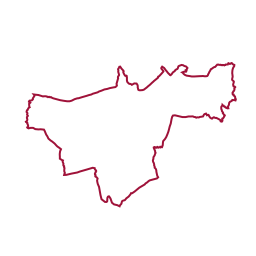 outline of Lusambo, Kasaï-Oriental, Democratic Republic of the Congo, rotated 278°
{"feature_id": "63176286B30844666641598", "entity_name": "Lusambo", "entity_type": "district", "adm_level": 2, "iso_a3": "COD", "parent_name": "Democratic Republic of the Congo", "parent_adm1": "Kasaï-Oriental", "projection": "albers", "projection_center": [23.694, -5.009], "detail": "fine", "context": "isolated", "style": "outline", "palette": "rose", "viewbox_px": 256, "rotation_deg": 278, "n_neighbors": 0, "source": "geoboundaries", "source_scale": "gbopen_adm2", "svg_char_len": 5943}
<svg xmlns="http://www.w3.org/2000/svg" viewBox="0 0 256 256"><g transform="rotate(278 128 128)"><path d="M151.6,204.4L152.2,205.4L152.2,205.8L151.8,206.3L151.4,206.4L149.7,207.9L149.0,209.4L149.1,210.1L149.9,210.6L150.6,211.6L150.1,213.0L150.3,214.1L149.2,217.2L148.5,218.6L147.5,218.8L147.3,219.6L147.5,220.2L148.3,220.5L148.6,220.2L149.6,220.3L150.1,220.0L150.5,220.1L151.0,220.9L152.2,221.5L153.3,221.6L153.5,222.0L154.0,222.1L154.7,221.0L155.6,220.2L155.8,219.9L156.4,220.0L157.8,218.7L159.0,218.3L159.7,217.8L161.0,217.5L162.2,217.5L163.4,218.3L164.0,218.3L163.5,218.9L163.4,219.6L163.0,219.7L162.7,220.1L162.6,221.0L162.2,221.2L161.7,222.1L161.3,223.8L161.5,224.6L162.6,224.1L162.7,223.7L164.0,224.4L165.1,224.7L167.0,224.7L168.0,225.2L169.3,227.0L170.3,227.4L170.4,230.2L170.3,230.6L170.8,230.7L171.1,230.2L171.7,230.6L172.2,230.0L173.3,229.9L174.0,229.6L174.7,228.8L174.7,228.4L175.1,227.9L175.8,227.9L176.0,227.0L177.3,226.6L177.7,226.7L178.1,227.0L179.0,227.2L179.4,227.7L180.8,228.1L181.6,227.8L182.2,227.8L182.9,228.3L183.4,228.5L183.8,228.0L184.0,226.7L185.4,226.1L186.2,226.1L187.5,226.3L188.5,226.4L189.2,225.9L189.5,225.3L190.0,224.6L190.6,224.3L191.2,224.3L193.1,224.5L194.0,224.4L194.8,224.1L195.8,223.9L196.6,223.6L197.7,223.5L199.1,223.4L200.0,223.4L201.6,223.6L202.7,223.9L203.6,224.4L204.2,224.6L205.3,224.5L205.6,223.1L206.7,221.8L206.7,221.3L205.9,220.6L205.6,219.9L206.2,218.5L206.1,218.3L204.8,218.0L204.4,215.8L203.9,215.6L203.8,215.0L203.4,214.6L203.7,213.8L203.6,213.1L203.3,212.6L203.5,212.2L203.2,211.5L203.5,210.9L203.2,209.6L203.4,208.7L203.2,208.3L203.2,207.6L202.0,206.7L200.7,205.9L200.3,204.9L199.5,203.9L198.1,202.5L197.7,201.8L196.4,201.5L195.0,200.8L193.8,200.5L192.6,200.0L191.2,199.7L190.5,199.2L190.1,198.1L189.9,196.9L189.9,194.9L189.5,193.0L189.3,191.7L188.5,187.7L188.1,185.6L187.9,183.9L188.0,181.7L188.0,178.8L188.4,177.3L188.7,176.6L189.4,175.5L190.4,174.5L190.6,174.0L191.4,175.3L191.9,177.7L192.3,177.8L193.0,177.0L193.3,177.0L193.5,178.0L195.0,178.1L195.7,178.5L196.9,177.1L197.1,176.4L197.2,175.2L197.8,174.0L197.9,172.3L196.6,169.9L196.0,169.3L194.1,169.0L193.4,168.7L192.6,167.5L191.5,166.5L190.9,166.4L189.2,164.6L187.8,164.0L186.2,162.8L186.3,162.2L187.1,161.4L187.3,160.9L188.4,159.6L189.6,158.4L190.8,157.0L191.5,156.4L192.5,155.4L192.8,154.7L193.5,153.3L192.4,152.7L191.6,152.7L191.0,153.2L189.7,154.7L188.9,155.2L186.9,153.9L184.3,152.1L183.5,151.5L183.0,150.7L182.0,150.7L179.9,148.8L178.2,147.2L177.4,146.6L176.4,145.7L173.5,143.4L172.5,142.4L170.7,140.9L168.1,138.3L167.5,136.9L167.0,134.6L167.0,133.7L167.2,133.1L167.4,132.8L168.4,132.5L169.4,132.0L171.0,131.8L172.1,131.3L173.2,130.3L173.0,128.0L171.3,125.8L171.8,125.0L172.0,124.3L171.9,123.2L172.1,122.7L173.3,121.1L173.9,120.7L175.0,120.3L177.9,119.9L178.5,119.5L179.2,119.6L179.6,119.1L179.3,118.1L179.6,117.6L181.3,116.3L182.5,115.6L182.9,115.5L183.4,115.8L183.8,115.7L184.2,115.4L185.8,113.4L187.7,111.7L187.4,110.9L186.1,110.6L185.3,110.1L184.7,110.0L183.9,110.4L182.3,110.5L179.4,111.8L178.8,111.7L177.6,111.0L176.5,111.0L175.9,111.3L170.2,110.5L168.4,111.1L166.8,109.9L166.2,108.0L165.0,104.5L163.8,102.0L162.9,99.3L161.3,96.6L160.1,94.2L159.1,93.0L157.0,88.3L156.1,87.1L155.1,84.6L154.2,82.8L152.1,78.1L150.6,74.9L150.3,73.6L149.1,71.1L147.2,68.4L146.3,66.3L146.0,64.2L146.0,60.7L146.1,57.1L146.9,50.5L147.2,48.8L147.8,47.7L147.6,47.2L147.8,46.7L147.6,46.1L147.9,45.5L147.4,44.5L147.8,43.9L147.7,43.4L148.0,42.5L147.7,40.1L147.4,39.5L148.2,34.7L148.1,31.6L148.1,30.0L147.2,30.9L146.8,30.9L144.0,29.6L143.1,29.8L142.1,29.0L141.6,27.8L141.4,26.8L141.1,26.7L140.6,26.2L140.2,26.2L139.4,27.7L138.2,26.7L135.3,27.3L134.9,27.7L134.1,26.8L132.6,26.2L131.9,26.1L131.5,25.5L130.4,25.3L129.8,25.3L129.0,26.2L128.4,26.4L127.7,26.2L127.1,26.2L126.3,27.1L125.6,27.0L124.8,26.4L123.8,26.5L122.6,27.1L121.5,27.1L120.4,26.6L120.0,26.0L119.8,26.1L119.3,27.5L118.3,27.6L117.8,28.2L116.9,28.5L116.1,28.9L115.2,28.9L114.6,28.1L114.2,28.4L113.8,29.5L114.6,31.6L114.9,34.1L114.0,36.3L114.1,38.9L114.2,39.8L114.6,41.8L114.7,45.0L113.5,45.9L110.1,47.9L108.4,49.4L106.5,50.6L104.9,53.0L104.1,54.7L102.4,57.5L100.7,59.5L99.8,60.7L99.1,62.2L97.7,64.6L95.5,64.0L93.3,64.0L92.2,64.1L90.2,64.5L88.1,64.8L87.1,67.0L86.8,68.1L85.9,67.9L85.0,68.2L83.8,69.0L82.2,69.1L81.4,70.0L80.8,69.9L80.4,70.3L79.8,70.3L79.4,70.7L77.7,70.7L76.3,70.9L74.8,71.7L74.5,71.7L73.7,71.4L72.6,71.3L73.0,73.4L74.9,78.2L76.9,84.0L78.2,86.4L81.1,92.9L83.7,98.6L83.6,100.6L82.8,100.8L82.1,101.4L81.5,102.3L80.9,102.5L80.6,102.3L80.3,102.1L79.5,102.2L78.8,101.7L78.1,101.6L77.3,101.8L76.8,102.5L75.7,102.3L75.4,102.5L74.9,103.7L73.8,104.9L71.6,104.7L70.1,105.2L68.3,105.9L65.7,107.5L57.7,110.1L53.8,111.7L52.4,114.1L51.6,115.5L51.8,117.1L52.7,117.6L55.9,117.3L57.2,117.7L57.7,118.6L56.9,119.5L55.7,120.5L51.8,122.5L50.4,124.8L50.1,128.1L49.3,130.6L50.3,130.8L52.1,132.0L54.2,132.2L54.9,132.5L55.5,133.4L56.0,134.7L56.5,135.2L58.1,136.1L60.2,138.2L62.7,139.7L63.9,140.1L64.0,141.2L66.0,143.4L70.5,147.5L74.4,152.4L75.6,153.1L76.3,154.0L77.1,154.8L78.1,155.6L79.1,156.7L80.1,159.0L82.1,163.7L83.4,164.7L84.8,163.6L88.6,162.2L90.0,161.9L90.9,161.5L91.6,161.0L92.4,159.9L93.5,159.8L94.5,159.1L95.5,159.0L96.9,158.4L98.0,157.6L99.1,157.2L99.9,157.2L100.7,157.4L102.7,157.3L104.6,158.2L105.7,158.3L106.9,158.7L107.4,158.7L107.9,158.2L108.9,158.1L112.0,156.2L112.4,156.2L112.8,156.8L112.9,157.2L112.3,158.4L112.4,158.8L113.4,159.6L113.4,159.8L112.8,160.1L112.7,160.7L113.1,161.3L113.4,162.0L113.2,162.9L113.5,163.4L114.0,163.1L114.1,163.7L113.9,164.4L115.8,164.8L118.9,164.6L120.0,164.7L122.1,166.1L124.3,167.1L127.3,167.9L130.1,168.5L132.5,168.8L135.3,169.1L138.3,169.7L143.1,169.9L145.3,170.2L146.6,170.8L147.1,172.7L146.4,180.4L146.9,183.7L147.8,186.2L148.5,190.6L148.1,192.1L148.2,193.1L147.7,194.1L148.2,195.0L148.3,196.7L148.9,197.5L149.4,199.2L149.9,200.7L151.9,201.4L152.5,202.0L152.8,202.8L153.1,203.2L151.6,204.4Z" fill="none" stroke="#9f1239" stroke-width="2"/></g></svg>